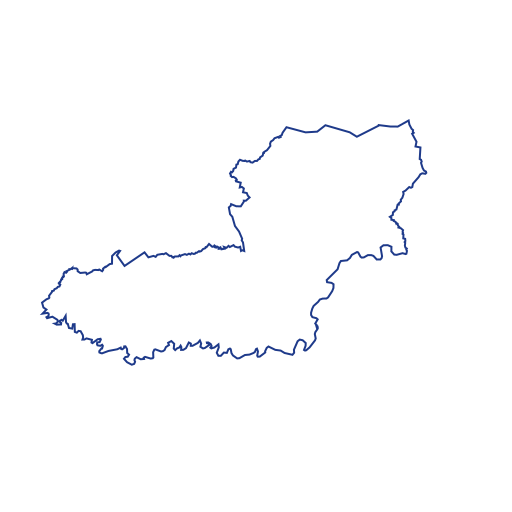 outline of Savelugu, Northern, Ghana, rotated 232°
{"feature_id": "2480657B27215926841583", "entity_name": "Savelugu", "entity_type": "district", "adm_level": 2, "iso_a3": "GHA", "parent_name": "Ghana", "parent_adm1": "Northern", "projection": "robinson", "projection_center": [-0.823, 9.867], "detail": "fine", "context": "isolated", "style": "outline", "palette": "blue", "viewbox_px": 512, "rotation_deg": 232, "n_neighbors": 0, "source": "geoboundaries", "source_scale": "gbopen_adm2", "svg_char_len": 6036}
<svg xmlns="http://www.w3.org/2000/svg" viewBox="0 0 512 512"><g transform="rotate(232 256 256)"><path d="M230.2,445.3L231.6,444.7L240.3,452.4L244.1,449.1L247.2,452.8L256.2,454.3L256.0,456.1L257.3,456.0L258.5,457.3L260.4,456.9L265.2,457.8L268.8,459.7L270.7,447.4L275.4,441.5L283.6,433.3L283.2,432.9L287.9,408.9L295.8,406.0L316.3,391.2L316.3,380.8L322.9,371.2L338.7,359.3L336.8,352.9L335.4,350.7L335.7,349.0L334.6,348.7L335.1,346.9L336.2,346.9L337.4,343.1L336.8,340.9L337.0,338.1L335.8,336.2L333.9,335.1L332.6,329.8L333.0,326.5L332.3,325.7L332.8,325.2L331.0,323.1L331.2,319.9L330.2,318.7L330.7,317.4L330.3,315.3L331.6,313.6L331.7,310.8L333.3,309.4L334.8,309.5L336.0,307.0L337.9,306.2L337.9,305.5L339.2,304.1L341.7,302.6L341.3,300.3L339.6,298.1L340.1,296.8L338.0,294.7L338.5,292.0L337.0,290.3L336.7,288.4L337.7,288.1L337.0,286.3L335.1,286.0L334.7,285.4L332.9,285.7L332.2,287.0L329.5,288.0L327.9,287.8L327.9,286.5L327.1,286.2L323.2,289.1L320.0,285.4L319.1,287.4L316.7,288.0L314.2,285.0L311.3,287.5L308.6,286.7L306.1,287.0L305.8,282.0L307.1,280.5L306.4,280.1L304.5,274.6L307.3,271.1L312.2,268.3L311.1,266.9L311.0,264.5L304.9,261.3L301.5,261.5L292.6,257.9L285.7,257.7L278.1,255.7L277.2,254.4L274.7,254.1L267.2,249.8L269.0,248.7L269.2,247.3L273.0,249.2L273.7,247.1L276.4,245.1L278.4,245.0L279.2,240.9L280.9,240.6L280.6,237.8L282.8,236.4L281.0,235.9L282.5,233.0L283.3,233.4L284.1,231.9L284.8,232.7L285.0,231.2L285.8,231.8L287.5,231.1L287.8,229.9L287.3,229.7L287.9,229.1L288.7,228.8L288.7,230.0L289.9,229.7L289.6,228.6L290.2,227.2L294.4,226.4L293.4,222.4L294.0,221.8L293.4,220.7L294.1,218.5L293.6,215.8L294.2,214.2L294.9,214.1L295.0,211.2L295.7,210.5L295.4,209.3L295.9,208.2L297.8,207.0L297.6,205.3L299.1,204.6L299.5,202.2L301.2,201.2L302.7,197.0L302.4,196.4L303.7,196.2L303.4,194.7L305.6,191.7L305.4,190.2L306.1,190.2L306.4,189.3L308.2,189.4L309.4,187.9L313.7,186.8L314.3,184.2L315.3,183.5L317.7,179.0L317.1,176.4L319.2,175.3L321.2,170.4L327.5,170.4L329.1,146.3L342.2,146.8L343.7,152.0L344.6,151.4L345.2,147.5L344.6,142.6L338.6,137.8L339.7,135.7L339.8,130.7L340.3,130.6L340.2,127.7L339.2,127.1L338.7,125.4L341.9,124.1L341.9,123.2L344.1,120.7L345.0,118.8L344.7,117.3L345.8,111.4L347.3,111.9L348.1,111.3L350.8,107.1L353.8,106.1L355.2,107.1L356.7,106.9L358.6,104.8L359.4,103.8L359.0,103.1L359.5,102.7L359.8,103.2L359.8,101.7L360.5,100.9L360.0,100.6L360.7,97.3L359.9,97.2L359.7,96.0L361.2,95.2L360.4,93.4L358.3,92.1L358.7,91.2L358.0,91.0L358.1,89.6L357.1,89.0L357.5,88.0L356.7,87.4L356.2,84.6L355.7,84.9L355.5,83.7L353.9,84.1L353.0,82.3L353.7,80.8L353.3,79.1L353.9,76.8L353.2,75.3L353.9,73.6L353.3,73.1L352.1,68.5L350.4,67.5L350.2,66.7L350.9,64.2L351.0,58.7L346.3,56.8L342.8,57.9L342.0,52.3L339.5,56.7L338.4,57.1L337.4,56.6L336.5,55.4L336.8,53.2L335.6,53.1L333.5,58.2L328.0,60.2L326.4,59.8L325.9,57.1L326.6,55.8L324.6,56.7L322.1,60.2L323.2,61.3L324.9,60.8L325.7,61.6L325.4,63.5L324.0,63.9L326.1,69.2L320.9,65.6L319.3,65.3L318.4,65.9L314.4,64.3L311.9,66.5L314.9,69.7L314.0,71.1L307.7,66.5L305.9,67.6L306.2,70.1L304.7,71.5L300.2,70.8L298.2,69.6L297.0,67.8L295.8,69.4L295.4,71.7L291.0,75.1L289.1,73.1L288.0,73.5L287.9,79.9L286.5,82.5L285.7,82.3L284.4,79.7L285.7,77.7L284.4,76.4L283.2,76.1L281.1,78.0L280.8,80.1L279.5,80.0L277.9,77.8L278.3,77.4L277.5,73.9L276.4,73.2L275.1,73.9L274.1,74.7L272.0,81.3L267.9,89.3L267.1,93.0L265.6,92.5L264.8,93.2L264.8,95.3L265.9,96.5L265.2,97.5L262.1,97.1L258.9,94.8L256.4,95.2L255.6,92.9L256.8,90.9L256.3,88.7L251.7,89.0L246.8,91.2L246.0,93.6L247.1,95.6L248.8,96.1L249.7,97.3L249.8,99.6L245.6,101.6L243.8,104.4L245.0,104.9L244.8,106.5L240.0,109.9L239.0,111.7L239.2,112.6L243.5,115.7L244.8,118.2L244.4,119.2L239.2,122.4L238.3,124.1L238.2,126.1L239.7,128.9L239.4,132.6L241.7,133.3L241.1,136.9L237.2,137.5L233.7,134.2L231.6,134.4L231.8,137.0L231.1,139.3L231.8,141.4L230.2,141.1L228.1,139.2L226.8,141.0L226.5,144.1L229.2,149.8L227.1,150.7L225.4,149.3L224.3,150.7L223.3,156.7L224.0,159.8L220.8,158.9L218.7,156.3L215.8,157.3L215.0,159.0L214.7,164.3L215.6,165.2L217.5,163.7L218.1,164.0L217.2,165.2L214.5,166.1L212.4,165.6L211.9,163.6L210.7,163.9L209.5,166.9L209.5,172.0L206.9,170.4L203.9,165.5L200.5,164.9L199.0,166.9L199.7,171.2L197.6,173.4L199.5,176.8L199.1,178.5L198.1,178.7L194.6,176.9L191.8,176.6L186.9,178.1L185.7,180.0L184.8,186.3L182.3,190.2L181.1,194.4L181.1,196.2L182.6,198.6L182.4,199.7L179.6,198.8L176.7,195.6L175.6,195.4L174.4,197.0L174.3,203.9L175.3,204.5L177.0,207.9L177.0,210.1L170.2,213.4L166.3,217.2L162.0,218.8L155.7,223.9L156.3,226.5L158.8,228.2L163.2,236.3L163.2,239.0L160.9,240.9L156.8,241.6L154.7,239.8L152.4,236.0L151.3,236.4L150.8,237.5L151.0,242.0L153.2,250.6L154.3,252.3L158.3,254.3L159.5,255.9L160.5,259.2L164.0,260.6L162.3,260.6L160.7,259.6L161.1,260.3L162.7,261.2L165.1,260.6L163.5,261.3L166.3,261.1L168.1,265.6L169.8,265.3L173.1,262.8L175.6,263.1L177.4,264.5L179.9,268.0L181.2,270.7L181.6,276.7L182.4,279.5L181.4,282.3L179.1,285.4L179.0,287.3L181.4,294.4L183.1,297.3L186.0,299.7L188.3,299.0L191.6,295.9L193.5,296.9L195.3,312.1L199.0,317.4L199.8,319.8L196.5,325.1L196.6,328.8L197.9,332.2L196.9,338.1L195.9,338.7L191.1,337.9L189.7,338.3L188.5,340.1L187.8,344.7L185.7,347.4L183.8,348.6L178.9,349.0L176.7,351.9L177.0,353.7L178.2,355.2L186.0,359.4L186.0,363.0L183.4,366.5L179.9,368.4L176.3,365.5L172.0,365.8L170.3,367.6L168.0,373.2L165.4,375.1L165.2,375.9L167.1,378.1L168.6,378.4L169.0,379.4L170.6,378.9L172.5,379.7L174.5,381.7L175.5,381.7L175.8,382.9L177.7,384.1L179.2,382.9L182.1,385.4L183.2,385.1L183.6,386.1L184.7,386.3L185.8,387.8L188.8,387.2L190.6,385.9L190.8,386.8L192.6,386.6L194.2,387.5L195.3,387.1L195.2,386.5L197.0,387.0L198.8,386.1L199.4,386.7L201.2,385.0L202.6,386.1L204.4,385.6L204.1,389.1L206.1,390.8L205.9,392.7L206.6,393.3L206.2,395.3L209.2,399.1L208.6,400.2L209.5,400.6L209.8,403.9L211.2,404.7L211.8,407.2L214.0,410.5L215.9,411.4L215.5,414.1L216.0,419.2L214.4,420.1L214.1,421.6L216.4,424.2L218.0,432.6L219.2,435.8L218.8,437.9L216.5,440.1L216.7,441.4L217.9,441.9L220.0,441.0L222.9,441.5L227.8,443.4L228.4,444.7L230.2,445.3Z" fill="none" stroke="#1e3a8a" stroke-width="2"/></g></svg>